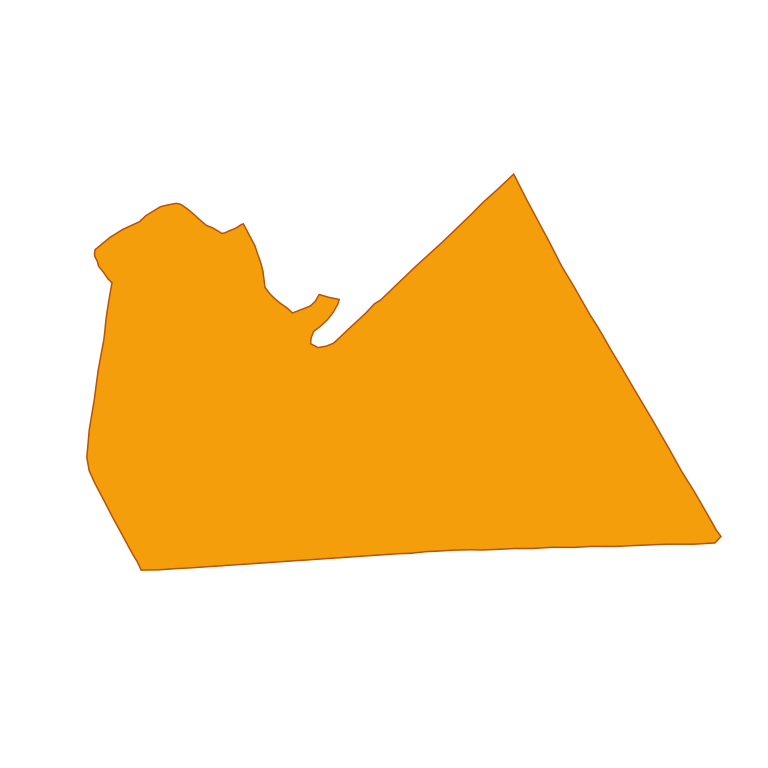 Kerbela, Karbala', Iraq (Natural Earth projection), rotated 260°
{"feature_id": "34846034B5988963618925", "entity_name": "Kerbela", "entity_type": "district", "adm_level": 2, "iso_a3": "IRQ", "parent_name": "Iraq", "parent_adm1": "Karbala'", "projection": "natural_earth1", "projection_center": [44.024, 32.498], "detail": "fine", "context": "isolated", "style": "filled", "palette": "amber", "viewbox_px": 768, "rotation_deg": 260, "n_neighbors": 0, "source": "geoboundaries", "source_scale": "gbopen_adm2", "svg_char_len": 1840}
<svg xmlns="http://www.w3.org/2000/svg" viewBox="0 0 768 768"><g transform="rotate(260 384 384)"><path d="M170.0,682.3L175.3,689.4L182.2,685.9L194.1,681.8L223.9,671.0L246.3,661.9L270.7,653.5L301.5,642.3L335.4,629.5L359.2,620.7L378.5,613.3L393.7,607.9L405.9,603.3L415.8,599.1L449.3,587.1L468.6,579.6L472.4,578.4L479.5,576.3L495.7,571.3L539.8,556.8L568.2,548.2L556.8,530.9L545.7,513.1L535.9,499.3L513.8,466.4L494.0,435.1L467.2,395.1L464.7,388.6L456.7,377.9L449.6,366.9L446.6,362.2L443.5,357.4L437.1,347.9L432.9,341.2L431.3,333.7L431.3,325.4L436.4,318.7L442.2,320.3L448.0,323.9L451.9,331.4L457.0,339.3L463.4,346.4L470.5,352.3L475.0,354.6L478.9,344.8L483.4,335.7L477.3,330.6L473.7,325.1L472.1,317.6L470.0,306.8L469.9,306.1L475.7,301.8L481.1,296.3L487.2,291.1L492.7,287.2L499.8,283.6L508.8,284.0L516.2,284.4L525.5,283.6L533.9,282.1L542.5,280.9L551.2,278.1L562.1,274.6L566.2,273.2L565.6,270.7L563.2,265.1L561.5,257.1L560.6,254.0L560.4,251.3L560.9,249.7L562.4,248.4L567.8,242.0L571.0,236.7L577.9,230.9L584.2,226.1L590.0,221.3L594.8,216.6L596.9,213.9L598.0,210.5L598.0,207.8L597.8,200.1L597.4,194.6L591.3,179.0L586.3,171.4L581.6,153.5L575.9,139.4L567.0,123.8L566.7,122.9L562.4,121.4L559.4,121.4L555.1,122.9L549.8,123.3L542.8,127.1L535.5,130.4L530.9,133.7L527.1,132.3L520.6,129.9L503.3,123.8L491.0,120.0L487.4,119.1L476.3,115.8L446.9,104.8L429.2,99.2L419.3,96.1L389.9,85.7L375.6,81.9L363.6,78.6L356.9,78.6L349.8,78.6L336.9,81.9L314.6,89.0L300.4,93.4L282.6,99.4L269.6,103.7L259.8,107.0L251.4,110.3L242.9,112.5L240.1,129.9L238.4,146.2L236.7,159.9L215.2,361.2L214.3,369.1L212.6,381.2L211.8,393.3L211.7,395.4L210.0,408.6L208.2,424.3L205.7,440.6L203.5,451.7L201.3,468.0L199.2,484.8L196.2,501.7L194.0,521.1L190.1,542.7L188.0,560.6L184.1,582.1L181.0,605.8L177.2,634.2L172.4,661.6L170.0,682.3Z" fill="#f59e0b" stroke="#b45309" stroke-width="1.5"/></g></svg>